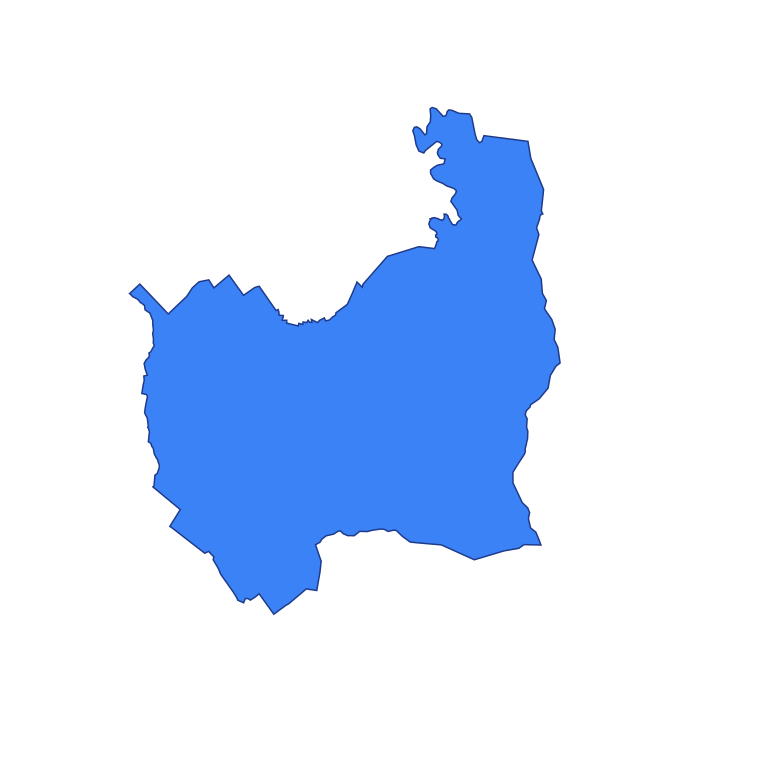 Ga Central Municipal, Greater Accra, Ghana, rotated 145°
{"feature_id": "2480657B96936068561499", "entity_name": "Ga Central Municipal", "entity_type": "district", "adm_level": 2, "iso_a3": "GHA", "parent_name": "Ghana", "parent_adm1": "Greater Accra", "projection": "robinson", "projection_center": [-0.313, 5.617], "detail": "fine", "context": "isolated", "style": "filled", "palette": "blue", "viewbox_px": 768, "rotation_deg": 145, "n_neighbors": 0, "source": "geoboundaries", "source_scale": "gbopen_adm2", "svg_char_len": 4047}
<svg xmlns="http://www.w3.org/2000/svg" viewBox="0 0 768 768"><g transform="rotate(145 384 384)"><path d="M155.8,435.6L145.4,447.5L141.7,451.8L134.3,484.7L126.9,500.2L159.7,530.1L164.8,526.6L167.3,526.8L167.9,530.8L166.3,535.9L159.2,552.0L159.0,556.2L167.3,562.7L171.4,569.3L173.8,571.4L176.0,570.9L179.3,568.2L182.0,569.4L183.4,579.6L186.0,582.9L188.5,582.9L191.7,577.2L195.7,572.2L201.2,570.1L205.8,564.5L207.6,564.7L208.1,572.6L209.7,575.9L212.0,576.8L215.2,574.9L216.6,570.0L220.5,561.4L221.8,554.8L218.9,550.4L216.1,551.5L201.7,552.5L199.8,550.1L199.0,547.2L200.5,545.9L201.2,545.8L204.8,545.0L207.5,543.0L208.4,540.7L208.4,536.6L204.8,533.3L208.3,530.2L210.2,530.6L214.5,532.5L218.6,532.9L223.1,532.6L225.0,529.9L225.7,523.6L224.3,520.2L220.8,514.6L219.0,510.3L214.7,504.3L213.8,500.9L216.0,498.9L221.2,497.5L224.5,495.3L224.4,484.6L226.5,479.4L225.9,474.9L227.2,474.5L229.6,474.6L230.3,474.6L231.2,474.0L232.0,474.1L233.7,473.0L234.5,473.4L236.4,475.3L236.2,480.5L235.7,481.7L236.0,483.3L235.2,484.6L235.5,487.2L237.3,488.7L238.3,486.8L239.8,485.2L242.3,484.5L242.6,485.3L243.8,486.2L245.3,489.1L246.2,489.6L246.9,491.1L249.5,492.5L250.2,491.9L251.5,492.9L252.2,491.5L254.1,490.6L255.5,489.2L256.6,485.3L254.0,479.6L254.1,477.5L255.1,476.2L256.3,476.4L257.3,474.6L256.8,473.7L256.4,473.1L256.4,471.9L257.0,471.1L257.5,470.3L259.0,470.3L260.7,468.8L264.9,465.9L276.3,476.2L277.2,476.7L308.0,486.6L343.1,478.0L343.8,477.9L346.3,475.7L347.6,483.0L357.9,476.5L368.1,470.4L369.5,470.2L382.4,469.9L384.2,468.2L387.9,468.4L392.0,467.7L395.6,469.2L395.0,472.4L400.1,473.1L403.3,472.5L406.5,478.5L407.7,475.9L409.5,477.2L409.6,479.7L412.1,478.7L414.7,481.2L416.4,479.4L418.9,482.5L421.0,480.8L428.8,489.7L427.1,492.0L430.8,494.5L429.8,495.6L428.4,496.5L427.2,497.8L430.4,500.5L428.7,503.5L428.0,505.7L430.3,506.1L430.2,534.6L430.2,535.7L434.7,537.2L435.6,537.2L448.2,537.2L448.5,562.1L468.2,560.3L467.8,569.8L476.8,573.8L478.7,573.6L485.8,572.7L495.4,568.9L520.6,565.1L521.7,572.8L526.7,605.9L540.6,604.0L540.4,603.4L540.2,602.7L539.7,599.5L537.3,595.1L537.3,594.3L536.9,593.6L536.9,590.6L536.3,589.6L535.2,585.9L535.5,584.9L537.2,581.8L535.1,576.3L537.0,568.7L539.6,564.8L542.0,560.3L544.6,558.0L546.6,553.9L548.4,551.2L549.5,550.0L550.1,547.3L553.4,545.8L556.4,544.2L558.8,544.2L559.8,542.0L561.3,540.8L564.5,540.3L566.8,539.4L568.7,538.4L571.2,532.9L572.8,527.0L576.2,528.3L578.4,524.4L581.4,521.8L587.8,515.1L584.7,511.8L584.8,509.6L591.6,503.1L594.0,500.6L596.5,497.9L597.1,495.2L597.3,492.2L601.0,485.1L602.5,483.9L602.4,482.5L603.6,479.4L610.2,471.8L609.0,469.2L610.0,466.2L609.9,463.7L612.2,458.7L612.9,454.3L612.9,451.6L613.9,449.3L614.2,447.4L615.7,444.7L621.1,440.7L624.0,440.7L625.6,438.7L630.7,432.6L632.3,432.3L631.8,430.4L622.9,398.0L641.1,390.2L640.1,387.6L627.9,348.2L623.7,347.5L623.1,343.2L622.5,340.1L624.7,338.1L625.6,327.5L626.9,321.9L626.8,300.2L627.1,294.9L627.3,292.9L627.8,290.8L626.5,288.6L624.5,285.3L620.6,287.8L618.4,286.1L617.4,283.6L610.9,283.4L606.6,283.8L606.3,258.6L592.0,259.0L588.1,258.6L565.2,260.7L557.5,253.4L544.2,266.8L537.1,274.9L536.3,277.8L532.3,291.6L527.2,291.1L523.7,292.6L518.4,292.8L511.3,289.9L506.8,289.8L504.0,288.9L503.3,284.8L500.7,280.6L495.4,276.8L488.4,277.2L482.3,272.7L477.7,271.0L470.1,267.2L467.3,265.0L465.2,260.9L459.9,258.7L457.9,256.9L456.3,248.5L453.2,239.5L448.5,235.4L429.3,219.3L428.2,217.4L410.8,188.2L381.5,178.5L367.8,172.1L361.4,172.1L347.8,162.1L345.9,169.5L344.6,175.7L346.0,180.3L346.5,182.1L342.9,190.9L338.6,195.0L337.3,200.0L338.8,207.4L335.1,228.9L329.1,237.7L321.8,240.9L309.0,246.1L306.8,247.8L305.5,250.1L302.6,252.4L300.1,254.9L297.9,256.7L293.3,262.8L292.1,266.6L290.1,269.2L286.7,273.4L286.1,277.4L284.6,279.1L282.8,280.4L277.5,281.4L276.0,282.9L265.2,282.9L252.0,286.5L242.8,295.6L232.8,300.0L227.7,300.2L220.6,314.2L219.1,322.9L212.4,330.6L209.6,340.4L209.4,353.6L203.1,359.3L202.3,367.3L195.0,379.8L191.6,400.6L171.5,417.5L169.4,424.5L161.9,429.9L160.4,431.8L158.1,432.7L156.4,432.2L155.8,435.6Z" fill="#3b82f6" stroke="#1e3a8a" stroke-width="1.5"/></g></svg>